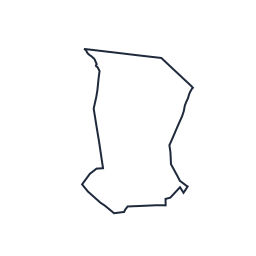 Magdalena Peñasco, Oaxaca, Mexico, rotated 129°
{"feature_id": "50627088B16316446425098", "entity_name": "Magdalena Peñasco", "entity_type": "district", "adm_level": 2, "iso_a3": "MEX", "parent_name": "Mexico", "parent_adm1": "Oaxaca", "projection": "robinson", "projection_center": [-97.559, 17.235], "detail": "fine", "context": "isolated", "style": "outline", "palette": "slate", "viewbox_px": 256, "rotation_deg": 129, "n_neighbors": 0, "source": "geoboundaries", "source_scale": "gbopen_adm2", "svg_char_len": 1171}
<svg xmlns="http://www.w3.org/2000/svg" viewBox="0 0 256 256"><g transform="rotate(129 128 128)"><path d="M55.9,102.9L55.5,105.8L55.1,111.6L54.9,114.5L54.7,117.4L54.5,119.5L53.9,128.5L52.6,146.1L53.0,146.8L66.0,167.2L73.9,179.8L94.2,211.9L94.0,210.5L94.0,209.3L94.5,208.5L94.9,207.8L95.3,206.5L95.5,204.8L95.5,203.3L95.3,201.9L95.3,200.5L95.4,199.6L95.4,198.4L95.6,197.4L96.2,196.1L96.6,195.4L98.1,192.5L99.6,192.3L100.1,191.3L100.1,191.2L99.8,190.2L100.3,189.0L101.6,186.1L101.7,185.9L107.3,182.5L115.4,177.2L118.3,175.3L124.2,172.0L130.7,168.8L134.6,166.8L147.7,152.2L157.0,141.7L169.5,128.1L174.4,122.7L175.0,122.1L179.4,126.9L187.6,128.8L200.7,128.2L202.6,119.2L203.4,102.5L202.9,97.2L203.0,85.2L195.7,78.2L193.2,78.8L189.2,78.9L188.0,77.5L186.2,75.5L183.6,72.5L170.4,57.6L164.4,50.1L159.5,54.2L155.5,51.3L141.3,50.3L143.4,44.1L138.9,44.5L137.3,44.7L135.9,44.9L136.1,45.9L136.3,52.1L136.4,54.5L133.9,60.1L132.9,62.6L130.2,69.1L129.1,71.8L123.0,77.2L120.0,79.9L116.7,83.5L115.3,85.0L108.9,86.7L95.5,90.5L89.6,92.1L85.0,93.3L79.7,95.3L74.7,98.0L70.2,99.4L67.4,100.0L63.4,101.7L61.0,102.4L57.3,103.0L55.9,102.9Z" fill="none" stroke="#1e293b" stroke-width="2"/></g></svg>